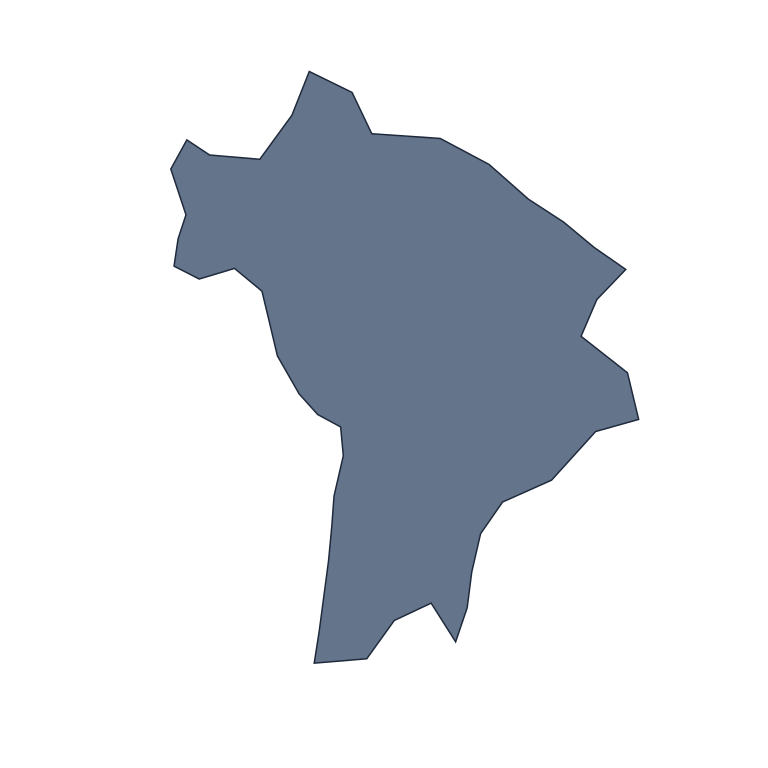 outline of Potami, Nicosia, Cyprus, rotated 13°
{"feature_id": "46923920B72029676304509", "entity_name": "Potami", "entity_type": "district", "adm_level": 2, "iso_a3": "CYP", "parent_name": "Cyprus", "parent_adm1": "Nicosia", "projection": "orthographic", "projection_center": [33.032, 35.095], "detail": "fine", "context": "isolated", "style": "filled", "palette": "slate", "viewbox_px": 768, "rotation_deg": 13, "n_neighbors": 0, "source": "geoboundaries", "source_scale": "gbopen_adm2", "svg_char_len": 745}
<svg xmlns="http://www.w3.org/2000/svg" viewBox="0 0 768 768"><g transform="rotate(13 384 384)"><path d="M640.1,361.2L618.7,318.3L565.3,293.2L572.4,253.8L593.8,218.0L558.1,203.7L522.5,185.8L483.3,171.5L436.9,146.4L383.5,132.1L315.8,142.9L287.3,107.1L240.9,96.3L233.8,142.9L212.4,193.0L162.5,200.1L137.0,190.5L127.9,222.5L153.0,263.7L150.7,288.9L152.9,316.4L180.3,323.3L212.3,305.0L244.2,321.0L260.2,353.1L273.8,380.6L303.5,412.7L326.3,428.7L351.4,435.6L360.5,463.1L360.5,504.4L365.1,534.1L369.7,568.5L371.9,591.4L376.5,639.6L378.8,671.7L409.2,662.0L429.0,655.6L447.2,612.1L479.2,586.9L511.8,619.1L515.4,583.3L511.8,547.5L511.8,508.1L526.1,472.3L568.9,440.0L600.9,382.7L640.1,361.2Z" fill="#64748b" stroke="#1e293b" stroke-width="1.5"/></g></svg>